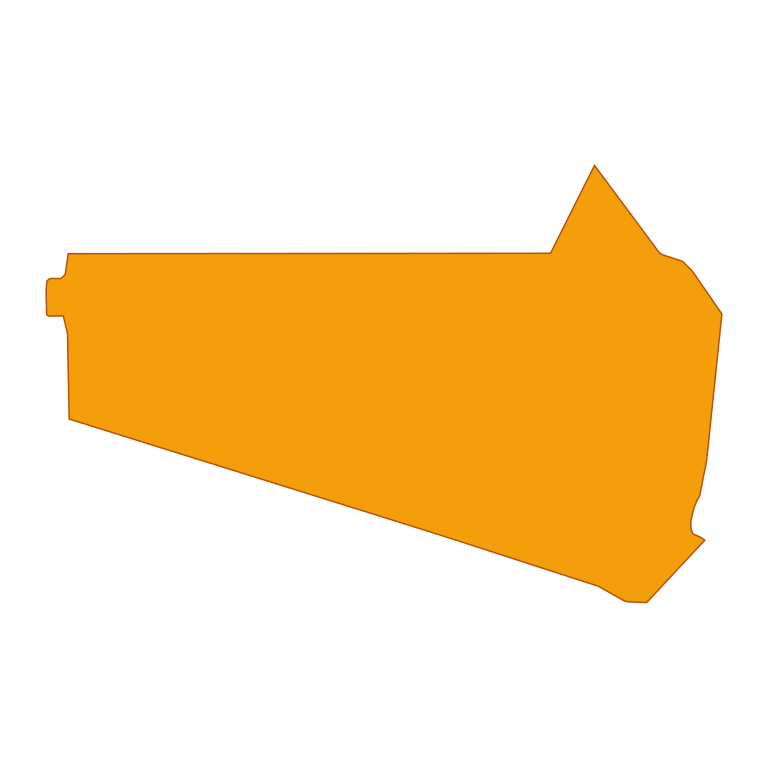 the District of Kweneng
{"feature_id": "BWA-2647", "entity_name": "Kweneng", "entity_type": "District", "adm_level": 1, "iso_a3": "BWA", "parent_name": "Botswana", "parent_adm1": "", "projection": "orthographic", "projection_center": [24.77, -23.86], "detail": "fine", "context": "isolated", "style": "filled", "palette": "amber", "viewbox_px": 768, "rotation_deg": 0, "n_neighbors": 0, "source": "natural_earth", "source_scale": "10m", "svg_char_len": 610}
<svg xmlns="http://www.w3.org/2000/svg" viewBox="0 0 768 768"><path d="M550.5,253.3L594.5,165.4L658.7,251.9L660.5,253.6L663.3,255.0L682.7,261.4L692.5,271.4L721.9,314.0L706.6,460.6L699.7,495.7L696.7,501.1L693.9,508.1L690.7,521.6L691.0,528.4L692.4,533.1L694.5,534.9L696.9,535.5L701.2,537.7L704.8,540.2L679.1,567.7L646.6,602.6L628.1,601.8L624.2,600.9L598.5,586.3L455.9,540.1L417.8,528.0L69.2,419.1L67.5,333.4L63.3,315.9L50.9,316.1L48.7,315.9L47.2,315.3L46.6,313.5L46.1,290.4L46.8,281.3L48.6,279.4L50.8,278.4L60.8,278.6L65.2,274.5L68.2,253.7L550.5,253.3Z" fill="#f59e0b" stroke="#b45309" stroke-width="1.5"/></svg>